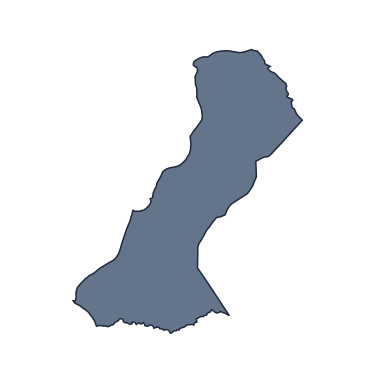 outline of São João do Araguaia, Pará, Brazil, rotated 283°
{"feature_id": "56859067B47376797369085", "entity_name": "São João do Araguaia", "entity_type": "district", "adm_level": 2, "iso_a3": "BRA", "parent_name": "Brazil", "parent_adm1": "Pará", "projection": "equal_earth", "projection_center": [-48.731, -5.441], "detail": "fine", "context": "isolated", "style": "filled", "palette": "slate", "viewbox_px": 384, "rotation_deg": 283, "n_neighbors": 0, "source": "geoboundaries", "source_scale": "gbopen_adm2", "svg_char_len": 3092}
<svg xmlns="http://www.w3.org/2000/svg" viewBox="0 0 384 384"><g transform="rotate(283 192 192)"><path d="M59.3,100.7L57.5,102.6L56.5,106.1L55.9,108.6L54.2,112.2L53.0,115.4L51.2,118.6L49.0,120.9L47.9,122.7L44.1,126.3L39.7,129.1L40.9,131.5L41.3,133.1L41.4,135.5L42.0,138.7L41.8,140.4L43.9,143.1L44.9,144.9L48.2,146.8L49.0,148.1L50.4,149.4L51.7,149.9L52.6,151.3L52.5,153.0L50.0,154.6L49.5,156.4L50.1,158.1L49.5,159.7L49.2,161.5L50.2,163.3L51.4,162.8L52.5,164.3L51.8,166.0L50.4,167.5L52.7,169.7L51.8,171.6L52.7,173.0L53.8,174.0L52.6,175.3L51.2,176.1L51.0,178.0L51.8,180.0L53.1,181.0L53.0,182.9L52.1,184.7L50.7,185.6L52.6,188.4L52.5,190.4L51.4,191.5L52.0,194.0L51.0,195.1L52.2,198.6L52.1,200.4L50.8,201.4L49.6,202.7L50.4,204.2L51.7,204.9L52.8,206.1L53.2,207.9L54.4,208.3L54.6,210.5L56.0,210.7L57.8,213.1L58.5,214.6L59.8,215.7L61.0,216.8L61.8,218.3L63.0,222.0L62.8,223.6L65.5,224.2L66.5,226.0L69.3,224.8L72.5,228.5L73.3,231.2L74.7,232.0L75.3,233.9L77.1,234.0L79.7,237.2L81.4,237.1L81.2,239.4L80.1,241.1L79.7,243.4L80.7,245.6L82.0,246.5L81.5,249.0L81.3,251.5L79.9,256.2L108.6,226.1L119.2,214.5L120.4,214.2L135.5,211.0L139.3,210.1L142.4,210.2L151.7,213.2L158.2,214.9L161.1,216.5L167.1,218.9L172.6,221.6L174.6,225.9L177.3,229.5L181.7,230.0L186.6,231.6L189.7,233.5L202.8,246.3L205.0,247.3L208.9,248.8L211.1,249.6L221.3,251.3L226.6,249.9L236.2,247.3L241.0,252.7L242.4,254.8L243.3,257.6L245.4,259.8L253.6,264.6L255.6,265.8L286.8,283.3L289.4,279.2L290.3,277.8L291.6,276.3L296.1,272.9L296.5,270.9L301.0,268.8L302.6,268.6L303.9,269.6L305.0,268.6L305.6,264.5L306.8,262.8L308.2,263.8L309.5,263.8L311.9,261.3L314.5,260.1L316.5,260.5L318.7,259.1L323.2,250.6L325.9,246.8L326.5,245.2L327.2,241.4L329.0,238.3L330.4,238.1L332.0,239.9L332.8,235.9L333.5,234.2L336.4,233.0L338.3,230.5L340.6,229.0L344.0,223.8L343.7,220.7L344.3,218.2L342.7,215.5L339.7,210.5L339.1,208.8L338.4,206.7L337.9,196.7L337.5,194.2L336.4,190.6L335.8,188.4L334.6,185.6L333.9,184.1L331.2,180.4L329.7,179.5L328.1,177.9L326.9,176.5L326.6,174.1L325.9,172.0L324.5,169.6L321.0,165.8L319.7,164.7L317.8,164.4L315.9,164.8L314.9,166.5L314.3,168.6L312.5,170.0L310.3,170.1L305.3,169.0L298.4,171.0L296.8,171.6L295.4,172.7L293.3,173.6L291.5,173.8L290.3,174.2L288.4,174.9L285.5,175.2L283.5,176.6L280.7,178.6L278.4,180.3L273.9,183.0L268.1,185.0L264.4,185.3L257.0,182.4L251.6,179.8L245.7,177.7L237.8,180.4L235.7,180.5L233.4,181.0L230.3,180.9L228.9,181.0L225.5,179.7L223.9,179.3L222.5,178.8L217.6,176.0L216.6,174.9L215.0,173.8L212.6,169.8L210.7,165.2L208.8,162.1L205.8,159.3L204.0,158.7L200.1,158.0L193.0,155.8L189.3,156.0L187.3,155.3L182.7,154.4L177.4,154.8L176.0,152.8L173.4,154.3L170.9,153.8L168.8,153.0L165.2,150.6L163.6,149.2L161.3,144.8L161.0,142.7L160.3,140.9L161.0,138.7L159.3,138.4L156.2,138.7L154.0,138.2L150.0,138.2L142.6,136.8L127.7,135.3L118.6,134.8L114.8,134.2L112.2,133.2L109.7,132.2L107.2,130.1L104.8,127.3L96.4,118.8L91.3,115.0L89.0,112.7L87.9,111.0L85.1,109.0L83.1,107.3L81.2,106.3L78.5,104.5L74.5,102.4L72.4,101.7L68.6,101.5L66.7,101.8L63.4,102.7L61.6,102.9L59.6,102.6L59.3,100.7Z" fill="#64748b" stroke="#1e293b" stroke-width="1.5"/></g></svg>